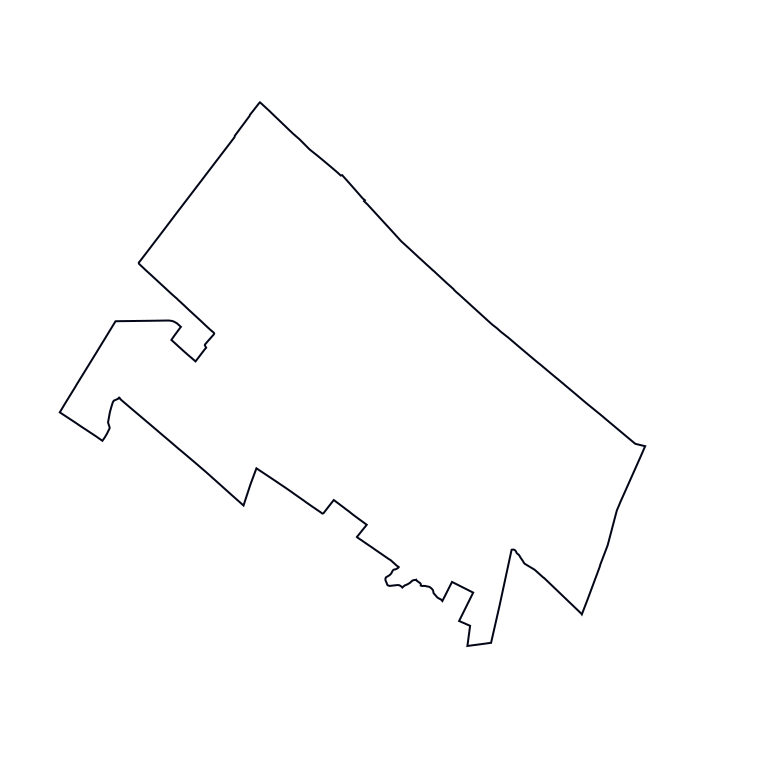 Ulmu, Braila, Romania (Robinson projection), rotated 116°
{"feature_id": "2599482B28846131553928", "entity_name": "Ulmu", "entity_type": "district", "adm_level": 2, "iso_a3": "ROU", "parent_name": "Romania", "parent_adm1": "Braila", "projection": "robinson", "projection_center": [27.32, 44.93], "detail": "fine", "context": "isolated", "style": "outline", "palette": "ink", "viewbox_px": 768, "rotation_deg": 116, "n_neighbors": 0, "source": "geoboundaries", "source_scale": "gbopen_adm2", "svg_char_len": 4966}
<svg xmlns="http://www.w3.org/2000/svg" viewBox="0 0 768 768"><g transform="rotate(116 384 384)"><path d="M382.5,657.6L383.2,657.0L383.4,656.8L385.3,650.7L386.0,648.6L387.4,643.7L389.2,637.6L390.0,635.0L396.4,613.7L397.8,608.6L397.8,608.4L398.1,607.4L398.5,606.4L401.1,597.7L403.1,591.4L405.3,584.0L407.8,575.6L409.5,570.2L411.3,564.2L412.5,559.5L412.8,559.0L413.2,558.7L413.5,558.7L413.9,558.7L414.4,558.8L423.1,561.2L427.0,562.2L427.3,562.2L427.8,561.9L429.4,559.7L431.3,560.3L439.9,562.0L446.3,563.3L443.6,573.6L442.2,578.7L440.8,583.5L439.4,588.2L437.6,594.4L433.5,593.8L430.7,593.3L427.4,592.7L424.2,592.1L421.7,591.6L421.2,593.3L420.8,594.6L420.2,596.8L420.1,598.9L420.0,599.8L420.1,601.1L420.4,602.6L420.9,604.2L421.4,605.5L421.7,606.1L429.7,621.9L444.3,650.9L445.3,652.8L483.1,656.4L519.3,660.0L522.3,660.2L525.2,660.5L534.2,661.4L542.5,662.2L543.8,662.3L549.6,662.8L551.6,663.0L552.0,659.9L554.0,644.4L554.9,638.2L557.3,619.7L558.5,612.2L557.8,612.1L554.9,611.6L550.3,611.2L544.2,611.2L543.7,611.3L543.3,611.6L539.5,615.2L533.8,616.8L529.5,618.0L524.2,619.0L519.5,619.7L518.6,619.7L517.4,619.5L513.7,616.4L513.1,616.4L512.7,616.3L512.5,616.2L512.3,616.1L512.3,615.8L512.4,615.6L512.8,614.9L513.3,614.0L516.9,600.2L520.8,584.8L523.4,574.6L525.8,565.3L529.6,550.4L532.3,540.1L534.4,531.5L536.6,522.9L541.0,506.0L545.7,489.3L550.1,473.9L551.2,469.9L554.8,457.0L533.0,460.0L515.7,461.7L516.5,455.8L518.3,442.5L520.5,426.6L523.7,406.6L523.8,405.8L524.5,402.0L525.0,398.7L525.6,395.0L525.6,394.8L527.0,385.2L527.1,384.5L527.5,382.7L527.3,382.4L527.0,382.0L526.5,381.7L519.3,380.2L510.3,378.3L512.6,366.3L513.3,362.9L514.0,359.2L514.8,355.7L515.5,352.1L516.2,348.4L516.8,344.9L517.4,341.6L518.1,337.8L533.4,341.3L533.6,340.7L536.6,320.3L536.7,319.8L538.7,306.4L539.3,302.6L539.3,301.8L539.5,300.4L539.6,300.2L541.4,293.9L541.6,293.6L541.6,293.2L541.8,292.2L542.1,290.5L542.9,290.6L545.1,292.0L545.7,292.6L546.0,293.2L546.4,293.6L546.8,294.0L547.7,294.3L548.5,294.4L549.3,294.4L549.8,294.4L550.6,294.4L551.3,294.5L552.0,294.7L553.0,295.0L553.9,295.5L554.5,295.9L555.3,296.4L556.0,296.9L556.4,297.2L556.8,297.4L557.2,297.4L557.4,297.5L557.8,297.4L558.3,297.4L558.9,297.1L559.7,296.7L560.5,295.8L561.2,294.9L561.4,294.7L561.6,294.5L562.6,293.5L563.1,292.9L563.2,292.4L563.2,291.2L563.0,290.4L562.5,289.6L561.8,288.5L559.7,285.2L559.0,284.1L558.7,283.5L558.4,282.8L558.2,282.1L558.2,281.5L558.3,280.6L558.4,279.6L558.7,278.8L558.9,278.3L558.1,278.0L557.4,277.7L556.7,277.4L556.1,277.1L555.6,276.8L555.5,276.7L555.4,276.5L555.2,276.3L554.5,275.7L554.0,275.3L553.6,275.0L553.0,274.6L552.4,274.2L551.8,273.8L551.3,273.5L550.5,273.2L549.9,273.0L549.2,272.7L548.5,272.4L548.1,272.1L547.6,271.7L547.3,271.3L547.0,271.0L546.8,270.7L546.6,270.3L546.4,269.7L545.8,269.3L546.3,268.6L546.5,268.1L546.6,267.5L546.7,266.6L547.2,264.1L547.6,263.3L548.0,263.0L548.5,262.8L549.0,262.7L549.0,262.3L549.0,261.9L548.9,261.4L548.7,260.9L548.5,260.5L548.1,259.9L547.8,259.2L547.6,258.7L547.4,258.3L547.3,257.8L547.2,257.3L547.1,256.7L547.0,256.2L546.8,255.8L546.6,255.1L546.5,254.6L546.5,254.2L546.5,253.7L546.6,253.2L546.7,252.7L546.8,252.3L547.1,251.2L547.9,249.6L548.4,249.1L550.2,247.8L552.4,242.7L552.6,241.6L552.7,239.9L552.7,238.3L553.5,236.4L532.1,236.1L532.4,212.4L547.5,212.5L564.1,212.6L563.6,200.6L582.9,194.2L569.7,174.3L532.9,182.9L477.3,196.6L477.0,196.6L476.5,195.9L476.0,194.8L475.9,193.9L476.1,193.0L476.7,191.9L477.5,191.0L478.0,190.1L478.5,187.7L479.1,186.8L480.3,185.0L481.9,182.1L483.5,179.7L483.9,178.6L484.9,167.2L488.2,155.6L488.1,155.3L493.1,139.7L504.0,105.7L504.3,105.2L488.1,106.6L471.8,108.2L459.5,109.4L458.6,109.5L453.6,110.0L452.6,110.2L451.6,110.4L450.7,110.5L438.3,111.6L430.8,112.3L421.7,114.1L403.2,117.8L395.5,119.3L388.1,119.7L386.6,119.8L337.3,121.5L330.0,121.8L328.6,121.9L325.4,122.0L325.7,123.2L327.3,130.6L327.6,131.9L325.0,142.5L318.1,170.3L317.0,174.5L312.4,194.3L308.1,211.2L306.3,218.5L305.0,223.6L301.2,239.2L297.7,253.2L297.6,253.9L296.2,259.7L292.1,276.0L287.8,292.7L285.9,301.6L284.3,307.2L283.3,312.1L282.1,316.5L276.0,337.4L272.5,349.3L270.4,356.5L269.9,358.6L268.7,362.3L268.3,362.9L266.0,371.1L264.2,377.1L262.1,384.0L260.8,388.2L260.3,390.2L258.8,395.2L258.2,397.4L257.1,401.0L255.0,408.2L251.2,420.7L249.8,425.6L248.1,431.3L247.5,432.8L245.1,438.8L242.9,444.3L237.3,458.6L232.3,471.3L229.8,477.7L228.4,482.1L227.2,481.7L227.0,482.6L226.9,483.0L226.7,483.8L226.5,484.6L220.8,498.1L214.6,513.2L215.6,514.2L214.4,518.2L213.6,521.2L210.9,531.8L208.2,542.9L205.8,553.7L201.1,567.2L198.7,576.2L198.3,577.2L197.4,580.2L196.2,583.9L195.1,587.3L189.6,604.4L188.9,606.4L187.1,612.5L186.1,615.8L185.8,616.8L185.5,617.9L185.3,618.5L185.2,618.8L185.2,619.0L187.0,619.5L192.1,620.6L196.5,621.5L197.2,621.7L200.9,622.5L201.8,622.3L226.3,626.9L227.2,626.6L228.0,626.6L275.2,636.1L276.4,636.3L293.8,639.8L308.2,642.7L322.6,645.6L346.5,650.3L370.4,655.1L379.8,657.0L381.1,657.3L382.5,657.6Z" fill="none" stroke="#020617" stroke-width="2"/></g></svg>